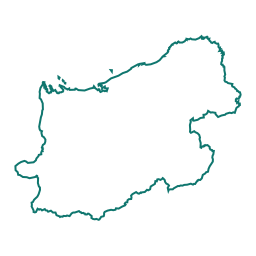 outline of Bolaang Mongondow, Sulawesi Utara, Indonesia
{"feature_id": "22746128B99982169683342", "entity_name": "Bolaang Mongondow", "entity_type": "district", "adm_level": 2, "iso_a3": "IDN", "parent_name": "Indonesia", "parent_adm1": "Sulawesi Utara", "projection": "robinson", "projection_center": [124.032, 0.721], "detail": "fine", "context": "isolated", "style": "outline", "palette": "teal", "viewbox_px": 256, "rotation_deg": 0, "n_neighbors": 0, "source": "geoboundaries", "source_scale": "gbopen_adm2", "svg_char_len": 5686}
<svg xmlns="http://www.w3.org/2000/svg" viewBox="0 0 256 256"><path d="M201.9,37.0L201.5,36.2L199.0,38.2L195.5,39.6L191.8,39.3L190.6,38.5L189.1,39.3L186.6,38.8L186.7,39.8L186.1,39.5L184.7,41.3L182.4,42.5L179.4,42.5L178.5,41.5L177.8,41.9L177.1,43.2L176.4,43.4L175.2,42.5L172.7,44.1L172.6,44.8L171.7,44.7L170.6,46.5L169.9,46.9L169.8,47.6L169.1,47.8L169.2,49.3L168.3,49.9L167.8,51.0L168.2,51.6L167.5,52.7L163.2,56.1L163.8,56.4L162.7,56.6L159.6,60.2L156.5,62.2L150.8,64.3L146.6,64.8L145.7,64.7L144.5,63.7L143.0,64.2L143.7,63.2L139.5,63.9L139.2,64.2L140.1,64.0L139.1,65.0L139.2,64.3L138.3,64.2L131.3,68.0L131.1,68.8L127.2,71.6L122.8,73.1L118.5,75.7L111.0,78.4L106.0,82.2L104.3,82.9L99.1,83.7L98.4,84.4L98.6,85.4L99.1,84.9L100.2,85.5L100.6,85.1L101.7,85.4L101.1,86.3L102.3,87.4L102.2,88.2L104.8,86.5L105.1,88.4L107.7,88.4L106.8,91.0L106.5,90.7L104.8,91.2L102.6,90.4L102.0,91.3L100.5,92.0L100.0,91.5L99.4,89.4L98.9,89.2L98.3,90.1L97.6,90.2L97.2,89.5L94.8,88.0L94.9,87.5L93.9,86.2L93.2,87.9L90.2,88.5L84.6,90.5L78.4,90.1L76.0,88.6L75.4,88.6L74.9,89.7L69.7,89.9L69.3,89.6L69.2,88.5L67.4,89.5L66.7,88.8L65.4,88.5L64.0,86.9L59.7,85.2L59.6,85.7L60.2,85.7L60.7,87.1L63.2,89.6L63.2,91.0L62.7,91.8L62.0,91.8L61.3,92.3L59.3,92.3L58.9,93.2L58.0,93.3L56.9,92.8L56.5,91.6L55.9,91.3L55.3,90.0L53.5,90.9L51.7,87.9L51.3,86.3L50.0,85.4L49.4,86.0L50.5,87.3L50.4,88.6L52.4,90.8L51.8,90.9L51.2,92.1L50.7,91.7L49.8,92.9L49.0,92.7L48.8,93.1L46.8,91.6L47.3,90.9L47.2,89.1L46.8,88.9L46.7,89.5L45.6,89.4L45.3,88.4L46.2,86.9L45.6,85.7L45.4,86.6L44.3,87.3L44.0,84.4L44.4,82.2L43.1,82.0L42.7,82.9L43.0,84.0L40.5,87.9L39.6,91.9L39.9,93.7L39.6,98.1L41.0,99.4L42.7,103.4L42.9,109.4L42.3,110.4L41.9,114.4L40.9,117.3L39.2,126.6L39.6,129.1L40.3,130.5L42.0,131.2L41.4,132.8L42.2,136.1L43.9,137.2L45.4,139.5L45.3,141.7L44.6,143.7L42.9,144.9L41.9,147.5L42.6,147.9L42.3,148.7L42.9,149.1L42.3,150.1L42.6,151.1L41.8,151.1L41.2,152.5L41.3,154.3L38.8,154.9L38.4,156.2L36.4,158.5L35.9,160.3L33.6,162.3L27.9,162.9L25.9,161.4L24.4,160.9L21.1,162.0L18.4,163.6L15.4,166.1L15.6,170.2L17.7,172.2L18.2,174.8L19.8,175.0L22.9,177.0L26.8,177.2L29.5,178.2L35.2,177.0L36.7,175.7L37.2,176.0L37.3,177.4L38.1,178.1L37.9,183.0L38.9,186.5L39.9,187.4L40.0,189.9L38.6,194.3L37.3,196.7L34.1,199.7L32.9,202.0L31.6,202.6L31.9,205.0L31.6,206.4L33.6,210.5L33.6,212.0L34.9,212.4L36.0,212.0L37.6,208.7L39.1,209.7L40.0,209.1L41.0,209.4L42.0,210.4L44.8,209.1L45.6,210.3L47.1,210.5L48.1,211.7L50.9,210.7L52.9,212.5L55.5,212.5L56.5,215.2L59.4,216.3L60.0,217.0L60.8,216.5L62.7,216.7L63.4,215.9L66.0,216.1L67.0,215.5L69.6,216.1L71.6,213.4L73.2,212.5L74.9,212.5L79.0,211.1L80.1,212.1L80.9,212.2L81.5,213.1L83.5,212.9L84.0,213.5L84.9,213.6L85.2,214.4L86.9,214.5L87.7,213.7L88.7,213.7L91.7,216.1L91.4,217.9L93.1,219.0L94.9,219.3L96.3,218.9L98.7,219.8L99.5,219.4L101.2,216.8L103.7,216.2L104.1,214.8L104.1,213.0L104.7,211.9L107.6,210.6L111.1,209.8L113.3,210.2L115.5,209.7L116.0,208.3L118.7,208.6L122.3,206.5L125.0,205.4L125.5,204.7L124.9,204.4L124.7,203.6L125.6,202.5L127.3,202.3L127.5,200.3L128.8,199.2L131.2,199.0L131.5,197.3L131.1,195.6L132.5,194.1L136.1,192.1L137.7,193.3L139.0,193.7L140.7,192.5L141.1,192.9L141.7,192.4L144.8,192.0L147.0,189.8L148.2,190.3L150.1,189.3L150.7,186.5L154.9,183.9L155.4,181.1L156.8,181.3L157.3,179.4L158.7,179.2L160.4,179.9L162.2,178.9L162.7,178.1L163.3,178.5L164.8,180.2L165.0,181.7L166.2,183.5L168.1,184.5L169.0,185.6L167.7,187.8L168.4,190.8L169.0,189.4L172.8,189.3L173.8,188.3L177.9,186.0L179.3,186.1L180.5,185.5L182.6,185.6L184.2,184.9L187.2,184.7L190.8,183.7L193.0,184.6L193.8,183.9L195.1,184.0L196.9,181.3L197.5,181.1L197.6,180.4L198.5,179.8L200.2,180.0L201.8,178.4L202.8,174.9L205.3,173.4L206.0,172.3L208.0,171.7L208.6,168.7L209.7,166.3L212.8,161.6L212.9,159.2L212.3,157.6L212.6,155.6L213.3,154.4L213.8,151.0L212.4,151.1L212.2,150.1L210.4,149.6L209.7,148.3L209.7,147.0L207.5,145.1L205.2,145.4L205.0,145.1L204.2,145.5L204.3,146.2L203.6,146.6L202.8,146.3L202.0,146.6L201.3,147.8L200.5,147.4L200.7,143.0L199.5,139.0L200.0,137.7L199.2,134.9L197.5,133.2L195.3,132.2L194.2,131.2L190.9,132.8L190.0,131.8L190.2,129.6L189.9,125.0L190.8,121.8L190.4,120.3L192.9,118.3L193.1,120.5L193.8,120.7L197.7,119.8L200.4,118.0L203.8,117.5L203.5,114.8L205.3,114.6L206.6,113.8L207.5,112.6L208.1,110.9L210.8,112.6L212.1,112.3L215.4,112.8L215.6,114.2L218.1,117.0L221.5,115.5L225.2,114.7L226.0,113.8L229.6,112.7L231.7,113.1L233.3,112.3L234.8,112.8L236.4,108.0L237.6,106.9L238.5,106.6L239.1,105.5L239.9,105.1L239.8,103.8L239.0,104.1L238.6,103.8L238.9,103.3L238.2,102.3L238.3,101.4L237.1,102.5L237.1,101.9L235.8,101.2L235.9,99.3L236.6,98.5L237.9,98.8L239.2,97.9L239.7,97.2L239.4,96.5L240.3,95.9L240.6,94.6L240.0,92.3L239.0,92.2L238.3,91.2L237.2,91.1L237.1,90.4L236.1,89.1L235.1,88.6L234.5,87.4L232.3,86.4L232.0,85.4L232.4,84.0L228.0,83.1L226.7,82.0L225.3,81.7L224.5,80.5L224.9,77.5L224.4,76.5L225.2,74.5L224.4,70.6L224.4,67.1L223.6,66.8L223.8,66.2L223.1,65.8L222.7,64.8L222.1,65.0L221.2,64.2L221.4,62.3L222.1,61.0L222.0,58.9L222.5,58.5L222.3,57.9L222.7,57.3L222.2,55.7L222.9,55.5L222.8,54.5L223.9,54.5L224.0,54.1L223.6,53.6L223.7,52.6L222.2,52.8L222.8,52.0L222.1,50.8L221.5,51.6L220.6,50.7L219.5,50.9L220.5,49.3L219.8,49.4L220.0,47.6L219.2,47.8L218.4,46.8L218.6,45.1L218.1,43.6L216.8,43.7L214.9,42.7L214.7,41.8L213.4,42.2L212.3,43.0L211.2,42.6L210.5,41.4L209.6,40.8L209.1,39.8L209.3,38.8L208.3,39.1L207.3,38.1L207.6,37.2L207.1,36.7L204.9,37.7L203.6,37.5L203.9,38.6L203.6,38.9L202.0,38.8L201.6,37.9L201.9,37.0ZM59.6,77.6L58.5,76.8L58.6,78.4L59.1,78.8L59.6,77.6ZM111.9,70.2L110.8,70.1L111.8,71.5L111.9,70.2ZM63.2,81.3L63.5,80.8L62.8,80.2L62.7,80.6L63.2,81.3ZM65.0,82.7L64.9,83.4L65.3,83.5L65.4,82.9L65.0,82.7Z" fill="none" stroke="#0f766e" stroke-width="2"/></svg>